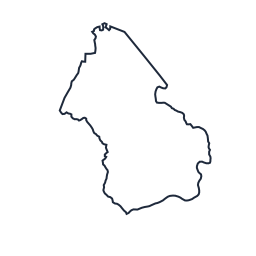 the district of Santa Terezinha, Bahia, Brazil, rotated 139°
{"feature_id": "56859067B33761170637815", "entity_name": "Santa Terezinha", "entity_type": "district", "adm_level": 2, "iso_a3": "BRA", "parent_name": "Brazil", "parent_adm1": "Bahia", "projection": "mercator", "projection_center": [-39.565, -12.74], "detail": "fine", "context": "isolated", "style": "outline", "palette": "slate", "viewbox_px": 256, "rotation_deg": 139, "n_neighbors": 0, "source": "geoboundaries", "source_scale": "gbopen_adm2", "svg_char_len": 2971}
<svg xmlns="http://www.w3.org/2000/svg" viewBox="0 0 256 256"><g transform="rotate(139 128 128)"><path d="M95.7,216.5L96.9,214.5L97.7,213.0L98.6,211.8L100.0,209.6L101.7,207.9L103.6,206.3L107.5,208.5L111.4,211.9L116.8,206.1L117.9,207.1L119.0,208.6L120.5,208.0L121.8,207.1L123.1,206.3L125.4,205.5L128.2,203.1L129.6,202.1L131.9,201.6L134.8,200.7L137.2,200.0L139.8,200.1L141.5,198.9L142.7,197.7L145.0,196.2L149.8,194.6L156.1,192.4L168.0,186.0L168.4,183.4L168.3,181.5L166.6,180.3L164.1,180.1L163.5,178.1L162.4,176.8L161.8,175.4L163.3,173.7L163.3,171.5L162.5,169.6L161.3,168.7L160.2,167.3L160.1,165.8L158.8,165.3L156.8,165.0L155.1,164.9L153.9,164.1L153.4,162.5L154.4,161.3L154.8,159.4L154.8,156.8L154.8,154.6L155.1,152.0L155.5,150.0L156.4,148.0L156.8,146.2L156.2,144.6L156.2,142.3L155.4,140.3L156.4,138.8L157.0,136.8L156.8,134.6L157.3,133.2L156.7,131.4L155.3,129.5L156.4,128.6L157.6,127.6L158.3,125.7L159.1,123.2L160.9,123.3L162.9,123.2L164.0,121.9L163.4,120.5L165.3,119.9L168.6,120.1L169.8,118.1L170.7,116.8L170.4,115.0L170.8,113.2L171.1,111.1L171.1,109.7L172.0,108.0L174.3,106.6L175.9,105.3L177.4,103.9L179.3,103.1L181.1,101.8L183.8,100.8L184.9,99.0L187.3,97.3L187.9,96.0L188.4,93.8L188.1,91.8L188.0,89.3L186.7,87.4L186.3,85.2L187.1,83.5L188.1,81.9L187.4,79.6L186.0,78.0L185.4,76.3L185.0,73.8L185.1,71.9L185.2,68.4L184.8,65.8L185.4,64.1L183.3,63.5L181.5,63.7L179.4,63.7L177.3,63.0L175.8,61.6L174.3,60.2L171.8,59.4L169.8,58.7L167.2,57.4L164.6,55.8L163.1,55.0L161.0,54.4L158.4,53.6L156.8,53.1L155.0,52.1L152.7,51.3L151.1,50.9L148.9,50.4L147.2,50.4L144.7,50.2L143.0,50.0L141.0,49.3L138.8,47.8L136.9,46.1L136.0,44.7L135.0,43.1L134.1,41.0L133.7,39.2L132.5,35.9L131.1,34.6L129.7,33.7L128.3,33.1L126.2,32.3L124.0,32.1L122.1,31.7L120.3,31.3L118.3,31.5L116.6,32.6L115.2,34.2L113.9,36.3L112.6,39.1L110.9,40.5L108.8,41.4L106.3,42.0L104.3,43.5L103.3,45.1L103.6,46.9L103.7,48.6L103.2,50.1L102.2,52.7L101.0,54.0L98.6,55.4L96.0,55.5L94.1,53.9L93.4,52.3L92.0,50.0L90.5,48.6L88.9,48.0L87.7,48.8L86.6,50.0L85.5,51.0L84.6,52.4L84.1,54.8L82.3,56.9L80.5,57.7L80.3,59.5L79.7,60.8L78.2,62.1L76.7,63.2L76.4,65.2L74.5,67.8L73.0,70.1L72.5,72.1L71.8,74.2L71.7,76.0L72.1,78.1L72.9,79.9L73.8,82.1L75.4,83.5L77.3,84.6L78.7,85.4L78.5,87.8L78.4,90.0L80.0,91.1L81.1,92.2L80.7,93.8L80.2,95.1L80.1,97.2L79.0,99.2L77.7,100.3L76.9,101.7L77.1,103.8L78.2,105.8L79.5,107.6L80.1,109.4L80.9,110.9L81.0,112.7L81.9,114.2L81.6,115.9L83.7,122.9L84.7,123.9L86.0,124.8L88.0,126.5L89.5,128.2L89.2,130.0L88.3,131.2L87.5,132.4L86.7,133.7L85.4,135.6L83.2,137.5L81.0,138.7L79.1,139.4L77.2,138.7L76.4,136.8L75.4,134.9L73.9,133.4L72.3,133.5L70.3,134.8L69.6,146.7L68.6,172.5L67.6,202.8L74.7,216.3L76.4,214.5L78.1,214.3L78.3,216.3L78.9,218.8L77.4,219.5L76.0,220.4L77.0,222.5L79.3,223.1L79.8,221.4L80.9,219.9L82.3,218.5L83.8,218.9L84.9,220.2L84.1,221.7L82.9,223.2L85.0,224.3L87.3,224.7L88.9,224.7L90.0,223.6L91.9,224.1L92.1,222.2L91.7,220.3L92.2,218.1L93.7,217.0L95.7,216.5Z" fill="none" stroke="#1e293b" stroke-width="2"/></g></svg>